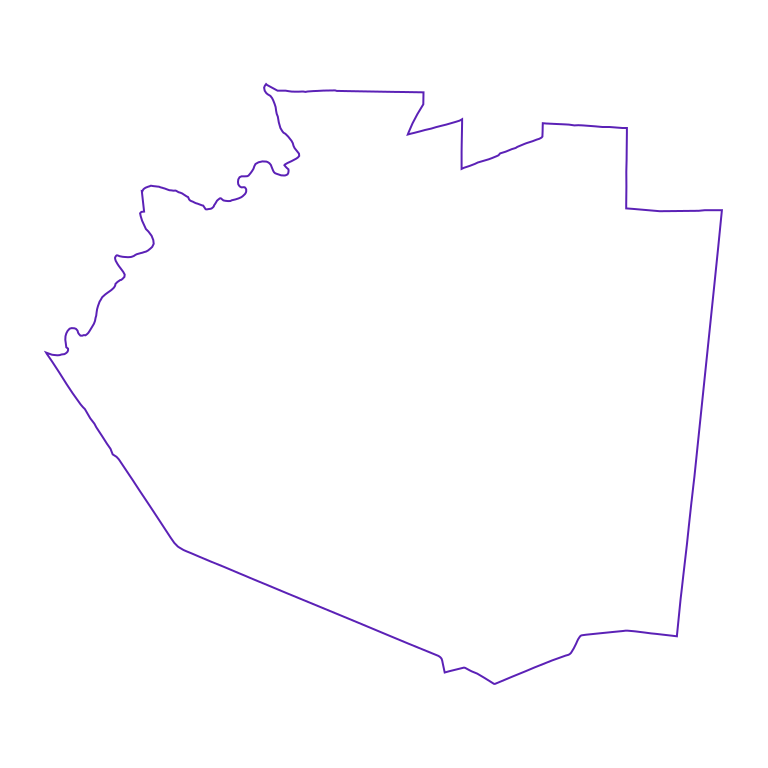 outline of Gologanu, Vrancea, Romania
{"feature_id": "2599482B67293682985135", "entity_name": "Gologanu", "entity_type": "district", "adm_level": 2, "iso_a3": "ROU", "parent_name": "Romania", "parent_adm1": "Vrancea", "projection": "orthographic", "projection_center": [27.287, 45.606], "detail": "fine", "context": "isolated", "style": "outline", "palette": "violet", "viewbox_px": 768, "rotation_deg": 0, "n_neighbors": 0, "source": "geoboundaries", "source_scale": "gbopen_adm2", "svg_char_len": 5823}
<svg xmlns="http://www.w3.org/2000/svg" viewBox="0 0 768 768"><path d="M676.9,636.3L677.0,634.9L680.6,599.0L681.9,588.0L683.3,575.5L687.0,543.7L687.3,540.8L688.9,525.6L691.5,501.7L691.6,501.1L693.5,484.4L694.4,476.8L697.1,450.7L714.4,284.3L718.3,246.3L718.9,240.3L721.9,210.2L719.6,210.2L713.4,210.2L707.4,210.2L704.8,210.2L701.7,210.5L698.7,210.8L670.3,211.1L659.6,211.2L633.0,208.9L626.2,208.4L626.2,204.1L626.3,195.4L626.4,186.6L626.3,171.8L626.6,159.8L626.7,149.5L626.9,132.4L626.9,128.0L622.4,128.0L609.5,127.0L602.4,127.0L594.8,126.3L582.7,125.4L578.3,125.2L574.4,125.4L568.9,124.6L563.3,124.3L556.5,124.0L546.1,123.5L542.8,123.2L542.7,126.3L542.6,131.4L542.4,136.6L541.5,137.6L539.3,138.8L536.7,139.6L532.6,141.2L526.6,143.1L524.5,143.9L519.7,145.9L517.3,146.9L515.6,148.0L511.9,149.1L505.6,151.7L500.1,153.4L498.5,155.3L496.8,156.1L492.2,158.0L488.7,159.3L477.8,162.5L474.9,163.9L472.3,164.9L469.7,165.9L463.9,167.8L461.6,168.9L461.6,160.1L461.6,151.6L461.7,144.4L461.9,134.0L462.1,122.8L462.1,119.2L459.7,120.6L455.9,121.8L446.2,124.6L441.3,125.8L436.2,127.1L431.2,128.6L425.0,130.0L419.9,131.4L416.8,132.2L413.7,133.0L410.7,133.7L407.8,134.5L408.6,132.4L412.5,123.4L417.4,114.1L423.3,104.3L423.5,92.3L421.7,92.3L402.7,92.0L394.0,91.9L388.3,91.8L382.3,91.7L352.8,91.2L347.2,91.1L336.7,90.9L335.1,90.4L323.4,90.6L318.1,90.9L313.1,91.1L307.6,91.5L305.5,91.9L303.0,91.5L297.7,91.7L291.9,91.6L288.8,91.2L285.8,90.7L277.6,90.7L273.0,88.2L266.9,84.9L266.1,84.1L265.2,85.3L264.8,85.9L264.1,87.7L264.7,90.7L266.2,93.0L267.7,94.3L270.4,95.9L272.1,98.1L273.2,100.3L274.6,103.9L275.6,107.0L275.9,109.1L276.1,110.7L276.7,113.8L277.8,116.6L278.3,119.5L278.8,122.4L280.4,128.0L282.3,131.2L283.5,132.7L285.4,133.8L288.2,136.6L291.5,140.8L292.8,143.2L293.5,145.8L294.6,148.1L296.5,150.5L298.1,152.5L299.0,153.7L299.2,155.9L298.0,157.4L296.3,158.6L291.6,161.1L287.5,163.0L284.8,164.6L284.4,165.2L285.8,166.9L287.0,168.1L288.4,169.3L288.6,170.8L288.3,172.9L287.5,174.4L286.1,175.1L284.9,175.5L282.0,175.4L281.0,175.3L279.0,174.6L277.5,174.1L276.6,173.8L275.1,173.2L274.0,172.2L273.2,170.8L272.7,169.6L271.6,166.9L270.9,165.0L269.4,163.2L267.7,162.1L266.4,161.6L262.4,161.4L258.5,162.3L255.5,164.0L254.3,166.3L253.5,168.7L252.3,170.7L250.9,172.7L249.6,174.3L248.5,175.6L247.2,176.2L245.4,176.3L243.4,176.3L241.6,176.3L239.6,177.2L238.3,179.4L238.0,181.8L238.1,183.1L238.3,184.4L239.7,186.4L241.3,187.3L242.3,187.3L243.7,187.2L244.7,187.3L245.3,187.9L245.8,188.6L246.2,189.4L246.2,190.3L246.2,191.4L245.9,192.5L245.1,193.9L244.5,194.5L242.7,196.2L241.3,197.2L238.6,198.4L235.5,199.4L233.4,199.9L231.7,200.3L230.4,201.0L228.1,201.1L225.4,200.8L223.4,200.4L220.8,198.3L219.8,198.4L218.0,199.8L217.0,200.7L216.3,201.9L215.3,203.6L214.0,205.5L213.8,206.4L213.1,207.2L212.3,207.9L211.5,208.5L210.5,208.8L208.3,209.1L206.9,209.4L205.6,209.2L203.2,205.6L202.2,205.4L199.5,204.4L197.4,203.6L196.2,203.3L195.0,202.8L194.0,202.3L192.9,201.7L191.3,201.1L190.3,200.6L189.6,200.0L189.0,199.2L188.5,198.0L188.2,197.4L188.0,197.0L187.0,196.6L185.4,195.6L184.7,195.1L183.4,194.3L182.3,193.5L181.8,193.3L180.6,192.8L179.4,192.4L178.8,192.3L178.2,192.0L177.2,191.4L176.3,190.9L175.7,190.6L175.0,190.6L173.4,190.7L171.6,190.4L170.3,190.3L169.3,190.2L167.9,189.7L166.8,189.3L164.7,188.5L163.2,188.1L162.4,187.8L161.1,187.5L159.9,187.1L159.0,186.7L157.7,186.6L155.2,186.3L154.1,186.2L152.7,186.0L151.5,185.8L150.9,185.7L150.4,185.9L149.5,186.3L148.8,186.5L148.4,186.6L147.1,187.1L145.6,187.7L144.5,188.4L143.5,189.2L142.5,190.7L142.4,191.1L141.8,191.0L144.1,211.6L141.4,211.9L140.1,213.3L140.7,216.2L142.1,220.7L145.9,229.0L148.4,231.5L151.6,235.8L153.3,240.1L153.7,243.8L152.2,246.9L150.6,248.4L148.0,250.5L146.0,251.6L144.1,252.1L142.4,252.7L140.7,253.1L136.8,254.2L135.4,254.9L133.8,256.0L132.2,256.6L130.9,257.0L128.0,257.2L125.1,257.0L122.7,256.8L119.6,256.2L117.6,255.4L116.6,255.4L115.8,256.2L115.1,257.5L115.1,258.7L115.7,260.8L116.5,262.2L117.4,263.8L118.7,265.8L121.4,269.4L123.3,272.0L124.7,274.6L124.4,276.9L122.5,278.9L121.2,279.9L120.3,280.0L117.4,282.0L115.5,283.9L115.2,285.4L114.7,286.5L113.7,287.9L111.4,290.0L109.6,291.3L107.6,292.7L105.3,294.4L102.2,297.2L100.8,299.7L99.6,301.6L98.0,306.0L97.1,309.2L96.6,312.4L96.2,315.7L95.6,317.7L95.0,320.9L94.4,322.5L93.9,323.8L92.0,327.0L89.5,331.1L88.3,332.9L87.1,334.1L85.5,335.3L83.9,335.1L82.1,335.7L80.4,335.6L79.0,334.1L78.2,332.9L77.5,330.6L76.0,328.9L74.5,328.3L71.6,328.1L69.6,328.7L67.6,330.9L66.3,333.4L65.5,336.2L65.3,339.8L65.7,342.6L66.3,347.3L68.0,348.6L68.1,350.0L67.6,351.6L66.4,352.9L64.5,354.1L61.4,354.5L59.7,355.1L57.5,355.3L55.3,355.1L53.3,354.9L51.9,354.7L50.5,354.2L46.9,352.9L46.1,352.6L46.8,353.8L52.4,362.0L59.0,372.1L66.7,384.3L72.6,393.2L80.6,404.4L82.9,407.1L84.9,409.1L88.9,416.0L90.3,418.4L94.4,423.7L96.3,427.3L101.7,435.5L107.0,443.8L110.5,448.8L112.7,454.4L116.5,456.8L118.8,459.3L129.7,475.6L133.2,480.8L134.8,483.3L140.5,492.0L147.8,502.9L155.2,514.1L161.3,523.4L165.3,529.5L170.6,537.6L174.3,542.9L177.8,546.5L179.3,547.5L183.5,550.0L186.7,551.4L191.4,553.3L199.3,556.7L211.4,561.8L223.8,566.8L230.9,569.8L238.9,573.2L245.2,575.8L250.3,578.0L259.2,581.7L272.0,587.0L281.8,591.1L287.8,593.6L339.4,614.9L367.1,626.4L387.9,635.1L408.8,643.8L438.2,655.8L439.2,656.4L440.4,657.3L441.5,658.6L442.2,660.6L442.8,663.6L444.7,672.5L449.4,671.2L464.0,667.6L465.2,667.9L470.0,670.5L471.8,671.4L477.2,673.6L484.3,677.8L493.9,683.8L494.6,683.9L495.2,683.8L512.4,676.6L525.9,671.1L534.4,667.5L552.2,660.4L565.6,655.6L568.5,654.8L569.7,654.1L571.0,652.9L573.8,648.3L576.2,643.5L577.0,641.6L578.1,639.3L579.6,637.0L580.6,635.8L581.8,635.3L586.2,634.7L602.8,633.0L607.8,632.5L612.7,632.0L623.0,631.0L625.3,630.7L627.8,630.7L633.6,631.2L635.5,631.4L645.2,632.6L651.1,633.4L656.3,633.9L661.5,634.5L672.0,635.7L676.9,636.3Z" fill="none" stroke="#5b21b6" stroke-width="2"/></svg>